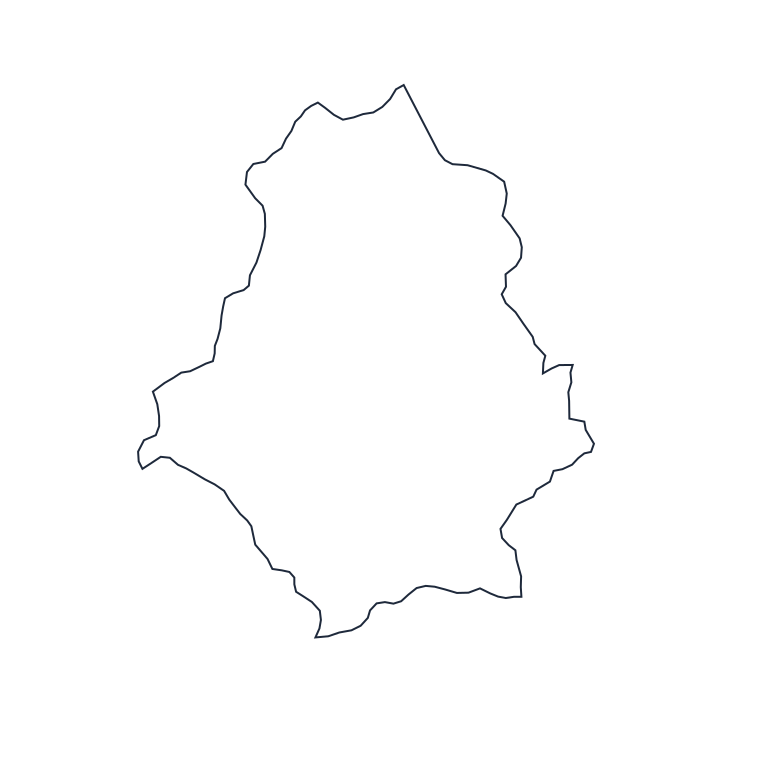 São Tomás de Aquino, Minas Gerais, Brazil, rotated 133°
{"feature_id": "56859067B74790643980501", "entity_name": "São Tomás de Aquino", "entity_type": "district", "adm_level": 2, "iso_a3": "BRA", "parent_name": "Brazil", "parent_adm1": "Minas Gerais", "projection": "orthographic", "projection_center": [-47.12, -20.781], "detail": "fine", "context": "isolated", "style": "outline", "palette": "slate", "viewbox_px": 768, "rotation_deg": 133, "n_neighbors": 0, "source": "geoboundaries", "source_scale": "gbopen_adm2", "svg_char_len": 2158}
<svg xmlns="http://www.w3.org/2000/svg" viewBox="0 0 768 768"><g transform="rotate(133 384 384)"><path d="M445.9,138.4L439.3,145.4L431.2,152.5L422.3,167.0L416.0,174.5L416.8,182.8L416.1,192.6L410.5,200.0L399.5,201.5L381.9,205.0L364.6,198.0L357.2,200.4L342.2,196.1L331.9,200.7L324.6,195.4L314.7,191.4L305.8,191.4L298.1,190.2L292.5,186.3L284.5,189.7L280.0,205.2L274.9,211.8L282.9,224.8L270.1,237.1L264.3,243.6L255.0,248.1L248.5,255.4L241.4,259.0L250.7,268.8L258.3,272.0L267.9,275.0L259.9,281.8L253.3,285.3L252.1,301.1L248.1,307.4L244.8,323.4L241.8,336.8L241.8,350.1L238.1,359.1L229.7,361.1L220.9,369.9L207.6,367.9L198.2,369.9L190.0,376.5L185.0,384.1L181.6,399.8L180.1,412.0L169.1,418.1L161.0,424.1L154.1,434.1L156.0,447.7L158.4,455.2L167.0,472.1L176.5,483.8L178.8,492.1L177.6,501.2L151.9,573.5L160.3,576.2L171.4,573.9L182.5,574.2L192.7,577.0L200.9,583.4L209.7,588.0L218.7,594.3L221.3,604.2L222.2,615.5L223.3,624.3L230.2,626.9L237.7,628.4L245.0,627.3L252.7,627.8L262.1,624.3L271.4,623.0L281.3,619.8L291.5,622.3L302.5,622.6L312.2,629.6L322.4,628.8L332.7,621.3L336.0,604.9L336.4,594.4L340.8,587.2L350.0,578.1L357.6,572.3L370.2,565.6L382.2,560.1L395.9,556.2L404.2,549.9L411.0,550.7L420.6,556.2L429.7,558.8L437.0,554.5L444.7,549.5L454.9,541.7L464.5,536.5L471.5,533.7L477.1,528.7L484.0,524.7L490.6,528.2L497.3,530.7L506.9,534.5L513.9,540.0L523.3,542.3L532.9,545.2L547.2,547.8L553.4,536.0L560.8,526.7L568.1,519.7L577.0,516.0L588.8,521.2L601.2,517.7L607.9,510.6L610.8,502.8L602.4,500.7L589.5,497.6L584.0,490.3L583.6,479.5L580.6,471.0L578.9,463.8L575.9,450.0L572.9,439.4L571.2,428.1L574.1,418.3L575.9,407.7L577.1,400.5L577.1,391.0L578.5,384.0L584.0,376.2L589.3,368.6L590.3,359.6L591.4,349.8L595.4,339.5L590.0,331.7L586.0,325.0L586.7,317.6L591.7,312.9L595.9,306.6L594.3,298.0L592.6,288.1L593.6,276.3L599.6,269.2L606.8,264.5L616.1,261.3L606.5,252.7L596.2,247.2L586.3,239.8L576.7,236.2L566.1,236.3L559.1,239.8L549.5,239.8L542.9,234.6L538.2,227.3L531.2,223.3L521.3,222.5L511.0,221.0L503.2,215.8L497.7,208.7L492.6,199.2L487.1,188.2L479.0,179.9L468.0,174.4L464.7,163.5L461.7,155.6L457.5,149.0L451.1,143.9L445.9,138.4Z" fill="none" stroke="#1e293b" stroke-width="2"/></g></svg>